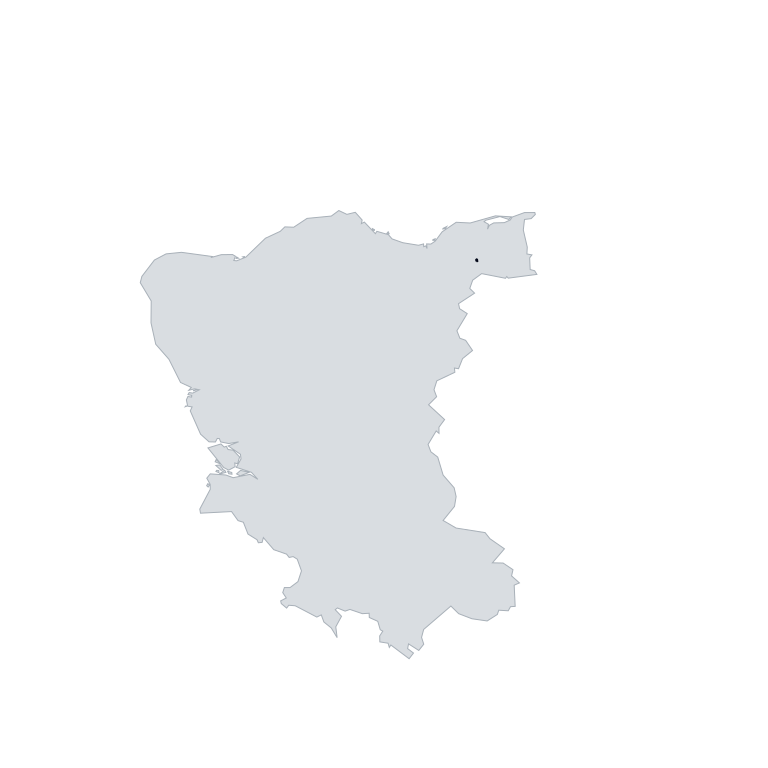 Cruzaltense, Rio Grande do Sul, Brazil shown in context, rotated 225°
{"feature_id": "56859067B1237322992297", "entity_name": "Cruzaltense", "entity_type": "district", "adm_level": 2, "iso_a3": "BRA", "parent_name": "Brazil", "parent_adm1": "Rio Grande do Sul", "projection": "albers", "projection_center": [-52.651, -27.628], "detail": "fine", "context": "in_parent", "style": "filled", "palette": "ink", "viewbox_px": 768, "rotation_deg": 225, "n_neighbors": 0, "source": "geoboundaries", "source_scale": "gbopen_adm2", "svg_char_len": 4269}
<svg xmlns="http://www.w3.org/2000/svg" viewBox="0 0 768 768"><g transform="rotate(225 384 384)"><path d="M212.9,207.6L220.6,211.8L229.3,208.5L232.4,211.4L236.9,206.3L248.7,200.5L250.9,195.9L258.6,192.7L258.9,189.9L249.8,189.7L246.4,178.2L237.8,171.5L248.8,174.2L258.2,173.2L265.1,176.4L266.7,171.7L290.0,164.4L294.9,160.2L294.4,156.7L301.4,156.1L303.7,157.6L301.8,163.6L308.1,164.9L310.5,169.6L306.5,173.6L305.1,183.4L310.2,193.5L321.5,198.8L326.2,197.7L328.4,194.3L332.6,194.8L344.8,188.9L360.7,190.1L358.2,185.8L360.6,182.9L363.7,184.1L374.0,181.7L385.7,186.8L390.6,184.2L401.6,186.0L422.4,162.9L425.8,165.3L432.4,186.7L435.9,190.1L442.7,192.1L443.3,197.6L431.5,207.8L424.4,211.1L414.9,225.3L405.8,227.4L415.3,227.8L429.5,220.6L432.1,229.9L435.8,232.8L450.4,230.0L445.9,240.3L451.7,232.1L458.6,227.5L461.8,229.0L463.4,227.6L462.2,223.8L466.8,219.4L478.2,218.8L502.0,228.0L503.5,232.1L507.1,229.5L512.5,233.0L513.8,236.5L510.8,238.7L511.9,240.0L515.1,237.9L515.7,240.2L512.8,242.3L510.5,249.3L514.5,246.7L517.6,241.5L517.8,245.3L528.9,241.2L553.5,249.4L573.5,250.7L592.0,262.5L607.3,278.1L628.0,283.3L631.3,288.9L634.0,309.3L630.1,321.9L620.3,333.9L595.6,352.7L595.8,351.0L590.5,360.4L582.7,368.4L579.4,369.3L577.5,365.1L575.3,366.9L571.4,376.0L570.9,403.3L565.3,418.6L565.2,425.0L558.7,431.0L555.5,446.7L540.0,465.5L538.6,474.7L530.2,477.7L525.7,485.1L515.4,484.5L513.4,481.4L512.4,484.6L496.4,484.2L497.0,486.9L486.5,492.7L480.9,492.3L470.6,497.2L457.7,506.5L455.1,511.0L453.0,509.2L452.1,511.2L449.3,510.2L452.9,513.2L449.8,516.1L448.8,521.2L450.5,532.7L447.3,549.4L436.9,558.8L424.1,581.7L412.3,592.1L412.1,588.6L420.4,584.4L427.8,571.8L428.0,569.5L423.1,570.8L420.3,566.7L421.7,570.8L420.3,575.5L413.0,583.2L410.7,589.3L411.4,592.7L405.9,604.5L398.6,611.9L396.9,610.9L396.9,605.0L401.0,599.7L394.4,591.4L379.5,582.1L374.9,577.0L370.7,579.9L370.2,576.2L361.6,568.3L357.6,570.6L353.4,569.6L371.0,546.7L373.2,546.8L372.8,544.7L393.0,531.1L394.7,520.1L390.9,512.2L384.2,512.3L388.1,493.5L383.8,490.7L374.9,492.6L370.1,473.2L362.7,470.0L357.2,472.6L345.1,470.3L346.4,457.5L342.1,447.5L345.5,445.1L342.2,442.4L348.9,423.6L344.6,415.3L337.8,412.2L337.8,400.8L316.0,401.7L314.6,392.3L310.2,388.0L313.9,387.7L310.1,372.4L302.9,369.2L294.3,370.3L277.8,361.4L261.0,360.2L253.4,355.4L247.6,347.3L245.7,329.3L231.2,333.1L207.4,350.4L199.7,349.5L182.3,352.6L180.9,334.2L173.2,341.6L161.5,343.9L158.1,338.5L147.6,339.1L149.7,333.8L134.0,319.5L137.1,316.0L135.8,311.5L142.9,305.2L140.9,301.2L143.5,289.4L155.8,280.2L168.8,274.4L179.7,274.3L182.4,238.5L178.3,231.4L171.9,228.1L171.0,220.2L182.9,217.6L180.2,213.6L172.9,214.6L172.0,207.5L194.6,204.3L194.0,201.5L197.8,203.6L204.6,198.7L208.9,202.8L210.1,208.4L212.9,207.6ZM438.3,211.6L463.3,214.3L456.9,226.3L452.4,226.4L451.5,228.5L447.9,227.4L443.9,230.5L434.5,230.3L431.2,224.1L433.7,222.6L430.8,220.3L432.9,213.3L438.3,211.6ZM416.9,226.1L420.8,217.3L424.7,216.2L424.3,221.5L416.9,226.1ZM445.3,207.5L442.8,210.7L437.1,209.8L438.1,207.8L445.3,207.5ZM436.8,203.8L435.7,210.4L433.3,209.7L436.8,203.8ZM449.2,211.8L445.6,212.1L444.0,211.5L448.4,209.6L449.2,211.8ZM432.9,211.7L429.1,213.8L427.7,212.7L430.3,210.8L432.9,211.7ZM439.7,206.0L438.0,204.6L441.0,203.3L441.3,204.6L439.7,206.0ZM438.1,189.0L435.9,189.2L435.5,186.8L437.5,186.7L438.1,189.0ZM451.0,539.7L450.5,537.3L452.0,535.2L452.3,535.8L451.0,539.7ZM488.4,491.9L488.7,494.6L486.6,493.9L488.4,491.9ZM450.5,522.9L449.7,521.5L451.1,520.1L451.5,520.7L450.5,522.9ZM514.0,245.1L512.3,247.6L514.1,244.1L514.0,245.1ZM578.1,369.6L575.8,370.1L577.4,368.2L578.1,369.6ZM502.1,485.7L499.8,486.4L499.4,485.8L500.8,484.7L502.1,485.7ZM573.8,374.0L572.8,375.4L572.4,374.4L573.8,374.0ZM508.5,227.4L508.6,228.7L507.9,228.5L508.5,227.4Z" fill="#d9dde1" stroke="#a8b0b8" stroke-width="1"/><path d="M406.8,537.8L406.9,537.1L406.9,536.9L406.7,536.8L406.6,536.7L406.4,536.7L406.2,536.6L406.1,536.4L406.0,536.5L405.9,536.5L406.0,536.6L405.9,536.6L405.7,536.7L405.7,536.8L405.7,536.7L405.3,536.7L405.2,536.7L405.0,536.8L404.9,536.9L404.7,536.9L404.7,537.0L404.8,537.0L405.0,537.2L405.1,537.3L405.3,537.3L405.5,537.5L405.7,537.8L406.0,537.9L406.1,538.0L406.2,537.9L406.3,537.9L406.5,537.8L406.5,537.7L406.7,537.8L406.8,537.8L406.8,537.8Z" fill="#0f172a" stroke="#020617" stroke-width="1.5"/></g></svg>